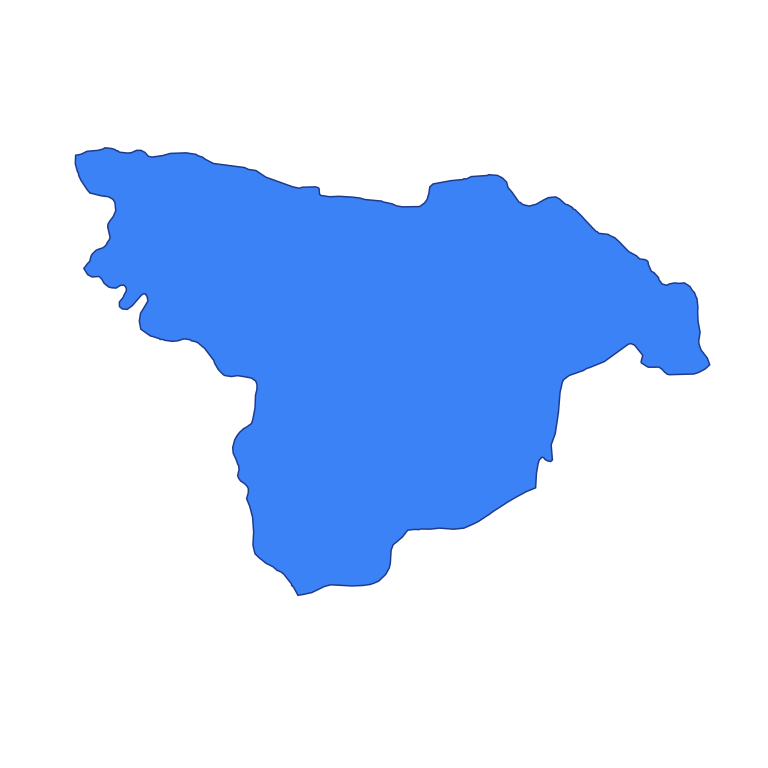 Jalapa, Jalapa, Guatemala (Albers equal-area conic projection), rotated 274°
{"feature_id": "79465075B86525651589488", "entity_name": "Jalapa", "entity_type": "district", "adm_level": 2, "iso_a3": "GTM", "parent_name": "Guatemala", "parent_adm1": "Jalapa", "projection": "albers", "projection_center": [-90.024, 14.626], "detail": "fine", "context": "isolated", "style": "filled", "palette": "blue", "viewbox_px": 768, "rotation_deg": 274, "n_neighbors": 0, "source": "geoboundaries", "source_scale": "gbopen_adm2", "svg_char_len": 4186}
<svg xmlns="http://www.w3.org/2000/svg" viewBox="0 0 768 768"><g transform="rotate(274 384 384)"><path d="M470.4,85.3L471.4,92.4L468.7,95.3L464.9,97.8L461.6,102.5L461.0,105.5L461.0,110.0L463.9,114.0L464.4,116.6L464.3,117.9L462.7,119.6L460.8,120.4L458.6,120.3L453.9,118.2L452.3,117.8L447.3,114.3L443.3,114.6L442.3,115.2L440.6,117.7L440.5,122.6L444.5,127.4L455.6,135.7L457.0,137.3L457.3,139.6L454.6,141.6L450.3,142.7L440.4,137.7L437.7,136.2L429.7,135.5L421.7,137.6L415.7,147.5L415.1,150.6L413.6,156.7L412.8,157.6L413.1,159.8L412.3,162.3L411.8,169.9L412.7,175.2L413.5,177.5L414.2,178.8L414.7,180.3L415.0,181.7L415.0,183.6L414.6,187.7L413.8,188.5L413.1,192.9L412.3,195.3L408.4,200.6L407.1,202.5L397.9,210.6L397.0,211.2L396.2,212.3L392.8,213.7L387.7,217.1L386.2,218.4L382.3,222.8L381.8,223.5L381.3,225.0L380.8,231.2L382.1,237.2L381.7,242.7L380.7,251.4L378.0,255.8L374.5,257.4L369.6,257.6L364.0,256.6L351.1,257.0L338.7,255.5L335.3,254.5L331.3,249.7L329.7,247.1L325.8,243.4L322.2,241.0L318.0,239.0L310.2,237.5L304.4,238.4L298.6,241.6L293.6,243.8L292.5,244.6L288.6,245.4L282.5,244.4L280.0,245.5L277.2,247.7L274.9,251.8L272.6,254.5L270.1,256.0L266.0,256.2L260.0,254.9L252.6,258.6L241.9,262.2L227.0,264.3L214.1,264.5L205.6,267.2L201.6,272.0L200.6,273.6L196.9,278.8L194.0,286.0L190.8,290.1L189.2,294.6L187.2,297.4L177.9,305.8L176.7,305.8L175.1,307.9L170.6,310.8L167.2,312.9L168.4,318.0L170.9,326.5L174.2,332.3L177.7,338.3L179.7,343.9L180.0,345.3L180.3,365.9L181.5,376.6L183.1,384.3L184.6,387.8L187.1,392.6L194.2,399.0L200.9,402.1L205.3,402.8L218.7,402.7L224.2,404.3L232.6,413.0L239.8,417.8L241.0,424.0L241.2,429.3L241.9,430.4L242.4,440.0L244.1,449.3L244.0,463.6L245.8,473.8L248.0,478.0L250.8,483.3L253.4,487.7L258.5,494.3L261.3,498.1L264.5,501.8L273.7,514.1L274.3,514.8L279.8,522.8L286.4,533.1L291.0,542.5L305.7,542.3L315.4,543.3L319.3,544.3L322.0,546.8L321.6,548.5L319.9,549.9L318.7,552.6L318.3,555.7L320.0,557.3L334.9,555.0L346.5,558.3L367.8,560.0L387.8,560.2L397.9,561.7L400.7,562.8L405.4,568.1L411.3,581.8L413.9,585.5L414.4,587.3L421.7,602.2L440.9,625.1L441.5,628.1L440.8,629.3L440.5,631.0L430.7,640.1L424.2,638.9L422.9,639.3L419.2,646.4L420.0,657.1L418.2,660.2L417.2,661.2L416.2,662.3L415.2,663.4L413.5,665.9L413.2,668.2L415.6,692.5L417.4,696.9L420.8,702.4L421.7,703.7L425.9,707.6L432.3,704.8L435.9,701.6L440.1,697.9L445.7,695.5L448.8,695.0L457.7,695.7L467.9,693.0L477.1,691.9L483.0,691.7L491.3,690.2L492.3,689.4L496.9,687.3L498.6,685.3L502.8,682.2L505.8,676.6L505.0,671.8L505.0,669.1L505.1,666.8L503.7,661.6L502.2,659.1L503.2,654.5L507.5,650.7L508.8,650.7L510.2,649.5L513.9,645.6L515.1,642.8L521.9,639.3L524.2,638.9L525.5,637.6L526.3,635.7L526.6,630.3L529.5,626.9L533.2,618.8L542.2,608.8L545.9,604.2L548.0,598.7L548.9,597.2L549.3,587.8L550.9,585.9L551.0,584.8L561.9,572.9L564.9,569.9L571.2,562.5L572.0,560.1L573.2,559.7L575.6,554.8L575.9,552.6L580.9,546.1L582.6,542.2L581.4,535.0L578.8,530.5L573.9,523.2L571.6,516.3L572.7,509.9L574.6,507.4L574.7,506.1L584.3,498.3L588.7,494.0L594.0,492.2L597.8,487.8L600.0,482.6L600.1,473.8L599.2,472.4L597.0,456.6L594.2,451.8L594.4,449.5L593.5,448.4L591.5,436.5L587.0,419.0L583.8,415.9L577.6,415.5L571.1,414.1L567.4,411.8L563.5,407.2L562.0,390.2L562.6,384.0L564.3,379.5L565.6,370.1L566.3,369.1L566.7,352.0L567.8,347.2L568.2,340.0L568.1,326.1L567.0,316.8L567.7,307.9L568.7,306.5L574.4,305.6L575.2,304.6L575.9,302.1L574.6,288.7L573.4,285.9L574.3,279.3L582.1,251.7L588.0,241.4L588.6,233.8L590.2,229.7L592.1,198.4L595.6,190.3L597.7,187.0L598.8,182.2L599.9,180.8L600.8,170.5L599.1,154.7L596.4,147.2L594.2,136.7L594.7,133.1L598.4,129.3L600.1,125.3L599.8,120.8L597.2,116.0L596.5,112.5L596.8,104.0L598.1,102.1L598.0,100.8L599.0,99.7L599.9,96.0L600.2,89.3L598.7,87.1L597.1,82.2L595.4,71.5L592.1,65.8L591.0,62.0L590.7,60.4L582.1,60.7L574.1,63.5L573.1,64.5L570.9,64.8L566.0,67.5L558.2,73.5L557.1,74.3L553.9,77.4L553.7,79.4L552.0,88.7L551.6,95.9L550.1,99.2L549.2,100.8L546.4,102.9L538.2,104.3L532.3,102.3L527.1,98.9L524.1,97.5L521.5,97.4L511.2,100.5L509.0,100.0L505.9,98.1L503.8,97.3L502.3,96.4L500.2,94.0L498.5,89.7L497.2,87.3L493.2,83.8L491.2,82.8L485.9,81.9L483.5,79.9L478.4,76.5L472.5,80.7L470.4,85.3Z" fill="#3b82f6" stroke="#1e3a8a" stroke-width="1.5"/></g></svg>